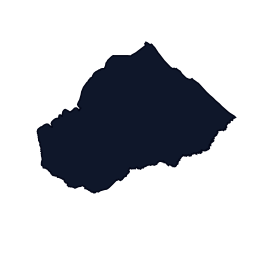 the district of Ban Chang, Rayong, Thailand, rotated 232°
{"feature_id": "78962969B38445835691017", "entity_name": "Ban Chang", "entity_type": "district", "adm_level": 2, "iso_a3": "THA", "parent_name": "Thailand", "parent_adm1": "Rayong", "projection": "orthographic", "projection_center": [101.027, 12.738], "detail": "fine", "context": "isolated", "style": "filled", "palette": "ink", "viewbox_px": 256, "rotation_deg": 232, "n_neighbors": 0, "source": "geoboundaries", "source_scale": "gbopen_adm2", "svg_char_len": 5677}
<svg xmlns="http://www.w3.org/2000/svg" viewBox="0 0 256 256"><g transform="rotate(232 128 128)"><path d="M180.9,54.3L180.1,54.1L179.5,53.5L178.1,53.2L177.5,52.6L176.0,52.1L175.8,51.6L174.6,51.1L172.9,49.9L172.0,50.0L171.5,49.7L170.5,49.6L170.1,49.4L168.9,48.2L168.2,47.9L167.0,47.8L166.7,47.6L165.7,47.3L164.5,46.1L163.7,46.1L163.2,45.0L161.5,45.2L161.1,43.9L159.9,43.5L159.3,42.8L157.9,42.3L156.0,41.2L155.5,40.7L155.2,40.1L154.9,39.9L154.6,39.3L153.5,38.2L152.7,37.7L152.3,37.2L151.7,37.1L151.5,37.4L151.2,37.3L150.4,37.6L148.8,36.8L147.6,38.0L147.5,38.5L146.3,38.6L145.0,39.4L143.4,39.3L141.5,39.7L141.1,40.0L140.7,39.7L139.3,39.4L138.9,39.6L137.7,39.5L136.7,39.8L136.4,40.3L134.8,41.4L134.7,42.0L134.3,42.4L133.4,42.6L133.3,42.3L132.6,42.2L132.1,42.9L131.3,43.6L130.3,43.9L130.1,44.2L128.7,44.9L128.0,45.0L127.6,45.6L127.0,45.8L126.0,45.5L125.5,45.5L125.2,45.2L123.7,45.1L122.8,45.4L122.2,46.0L121.5,46.3L121.1,46.1L120.3,45.1L118.3,45.3L117.8,46.2L117.0,46.6L116.8,47.2L115.8,47.8L115.4,48.4L113.4,49.2L113.0,50.3L113.0,50.8L112.5,52.3L112.5,52.9L111.3,54.7L110.8,56.8L107.7,57.9L107.3,57.7L107.1,57.0L106.7,56.9L106.2,57.7L104.9,58.2L104.4,58.6L103.2,58.8L102.7,59.4L102.0,59.4L101.3,59.7L100.6,59.7L100.1,59.9L99.8,60.2L99.7,60.7L98.4,61.0L98.5,61.6L97.9,61.5L97.4,62.0L97.3,62.7L97.6,63.1L97.4,63.4L97.3,64.3L95.9,65.4L95.8,67.5L94.0,72.0L93.2,73.3L92.9,74.6L92.9,76.5L93.4,81.3L94.2,87.0L93.7,87.1L93.4,89.0L91.4,89.7L91.1,91.7L91.4,92.5L91.4,93.2L92.0,94.2L91.7,95.1L91.7,96.0L91.5,96.3L91.5,96.9L91.3,97.1L92.1,97.9L92.4,98.6L92.2,99.4L92.5,99.8L92.3,100.7L92.7,101.4L92.7,101.9L92.9,102.1L93.7,101.8L94.2,101.9L94.3,102.2L94.1,102.5L95.0,103.5L95.0,104.4L95.2,104.5L95.4,104.9L95.3,105.2L95.0,105.4L94.2,105.3L93.7,105.6L93.1,106.8L92.3,107.8L92.1,108.5L91.6,108.6L91.8,109.3L91.7,109.9L91.8,110.4L91.5,111.0L90.9,111.2L90.3,110.8L89.8,110.9L88.6,112.4L87.9,112.7L88.2,113.5L88.1,114.5L88.3,114.9L87.4,115.2L87.2,115.5L87.8,116.5L87.3,117.3L86.8,119.3L86.9,120.2L85.8,122.2L85.2,122.8L84.7,123.0L84.7,123.3L85.0,123.6L84.4,124.3L84.0,125.2L83.6,125.2L82.6,125.9L81.9,128.4L82.5,129.3L82.4,130.0L82.7,130.3L82.5,131.5L82.7,132.0L81.3,133.7L80.2,134.3L80.4,135.0L80.1,135.3L80.1,135.6L79.5,135.7L78.7,135.1L77.6,136.2L76.5,136.6L74.9,136.5L73.6,136.9L74.0,137.5L73.8,138.0L72.1,139.2L71.5,139.1L71.2,140.0L70.0,139.7L69.7,140.2L68.9,140.9L68.5,141.9L68.8,142.4L68.8,142.9L69.2,143.1L69.3,143.5L69.1,145.1L69.7,145.7L70.1,145.5L70.3,146.2L70.7,146.0L71.0,146.1L70.7,146.9L71.1,148.1L70.9,148.9L71.8,149.1L71.7,150.2L72.5,152.4L72.4,154.0L72.8,154.2L73.0,154.5L72.7,154.8L72.2,154.7L72.1,155.2L70.9,155.7L70.9,156.1L71.2,156.5L71.0,156.9L70.4,156.6L69.9,156.8L69.9,158.1L69.6,159.3L68.6,159.1L68.6,159.6L67.9,159.6L67.8,160.2L67.4,160.5L67.5,160.9L68.2,161.9L68.4,162.5L68.2,162.7L67.7,163.0L67.5,163.5L67.7,164.7L67.0,165.2L66.5,165.1L66.2,165.3L66.2,165.7L65.4,166.0L65.7,166.2L65.6,166.5L66.1,167.0L65.9,167.4L64.7,168.2L64.8,169.1L65.3,169.3L65.1,169.6L64.5,169.9L64.4,169.6L63.6,169.4L63.4,170.0L63.6,171.5L63.8,171.6L64.8,171.0L65.4,172.2L64.0,173.5L63.6,173.7L63.3,174.3L62.9,174.4L62.8,174.8L62.3,175.3L62.2,176.0L62.6,176.0L62.6,177.3L62.2,177.2L61.8,177.5L61.8,179.5L62.5,179.8L62.7,180.1L63.0,180.0L63.6,180.8L63.9,180.9L63.9,181.4L63.5,182.1L64.8,182.0L64.9,182.5L64.4,182.9L64.4,183.2L64.6,183.6L65.2,183.9L65.5,185.4L65.7,185.2L65.7,184.8L65.8,184.7L66.2,185.1L65.8,186.1L66.3,186.3L65.5,186.9L65.1,186.5L65.1,187.4L65.6,187.9L66.0,187.4L66.8,187.6L67.2,187.5L67.4,188.0L67.1,188.5L66.9,189.4L67.7,189.8L68.0,190.1L68.1,191.3L68.0,191.8L68.5,192.5L68.0,192.7L68.0,193.4L68.4,193.6L68.3,194.0L68.8,194.5L68.9,195.4L69.4,196.1L70.1,196.0L70.6,196.7L70.5,197.6L70.0,198.1L69.9,198.4L69.9,199.3L69.6,199.2L69.3,199.4L69.1,200.1L68.3,201.0L68.2,201.8L67.9,202.0L67.3,201.9L67.4,203.4L66.8,203.7L66.8,203.9L67.0,204.4L67.3,204.6L67.6,204.5L67.9,204.1L68.1,204.1L67.9,204.9L68.0,206.3L69.4,206.4L70.1,209.1L70.5,209.4L70.9,209.8L70.7,210.3L70.0,210.5L69.6,211.3L69.8,212.1L70.9,212.8L71.1,213.4L71.1,213.9L69.8,214.9L70.0,215.6L71.0,215.9L71.3,216.5L71.2,216.8L70.5,217.5L70.2,219.2L71.8,219.0L77.0,217.1L79.0,216.6L87.4,215.0L90.6,214.7L95.9,213.6L98.8,213.3L103.9,212.3L108.0,211.7L120.0,210.8L120.5,210.5L123.7,209.6L125.8,208.9L127.4,208.8L127.6,207.3L128.2,206.5L129.1,205.7L131.6,204.4L137.4,203.6L140.6,203.9L143.8,202.8L145.1,202.6L145.2,201.7L146.7,201.0L146.7,200.1L147.7,199.4L149.8,198.7L158.8,197.8L167.2,197.9L168.2,197.8L175.0,198.4L177.5,198.1L178.7,198.2L179.7,197.9L179.7,197.0L180.4,196.4L183.2,195.6L184.5,194.9L184.2,194.4L184.1,193.3L183.8,193.1L183.5,193.3L182.9,193.1L182.1,192.4L182.3,180.2L182.9,176.8L183.0,175.7L182.8,174.8L184.3,173.0L185.0,172.3L194.1,160.7L194.2,158.9L193.7,153.9L193.5,153.3L193.1,152.8L192.8,151.2L192.1,150.1L191.4,149.5L190.4,148.1L189.4,146.2L189.5,145.5L190.4,144.4L191.1,143.0L190.8,141.9L191.5,141.1L191.5,140.0L192.0,137.2L191.9,134.9L191.0,132.7L190.1,131.4L190.1,130.6L190.4,128.8L189.9,128.0L189.8,126.2L189.1,125.5L189.0,123.5L187.4,118.1L185.0,113.9L183.0,111.7L179.9,107.5L178.7,104.8L177.6,102.9L176.9,102.6L175.3,102.4L172.8,103.0L172.5,102.6L172.7,101.3L171.8,100.6L171.9,100.1L172.1,100.0L174.2,100.1L175.4,99.7L175.8,99.4L176.4,98.0L176.0,95.4L176.0,93.3L176.2,92.2L176.9,91.7L178.3,91.3L180.7,90.2L181.2,89.9L181.4,89.4L181.4,88.4L180.9,86.8L179.0,84.6L178.5,83.7L177.9,83.2L178.2,82.9L179.8,82.8L180.4,81.9L180.0,81.1L178.3,79.4L179.4,77.6L179.9,76.4L180.0,74.4L179.7,71.9L178.9,70.4L175.8,69.3L175.4,68.6L175.9,68.2L180.1,67.3L181.0,66.5L181.6,65.1L182.0,62.8L181.7,61.3L182.3,60.2L182.4,59.6L182.4,56.7L182.1,55.8L180.9,54.3Z" fill="#0f172a" stroke="#020617" stroke-width="1.5"/></g></svg>